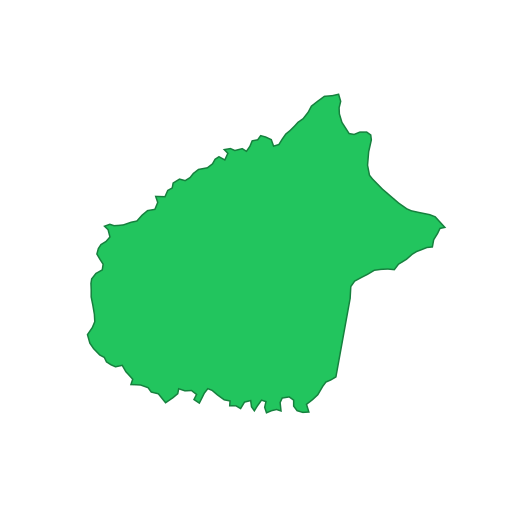 Alcantil, Paraíba, Brazil (orthographic projection), rotated 218°
{"feature_id": "56859067B64154070664732", "entity_name": "Alcantil", "entity_type": "district", "adm_level": 2, "iso_a3": "BRA", "parent_name": "Brazil", "parent_adm1": "Paraíba", "projection": "orthographic", "projection_center": [-36.044, -7.697], "detail": "fine", "context": "isolated", "style": "filled", "palette": "green", "viewbox_px": 512, "rotation_deg": 218, "n_neighbors": 0, "source": "geoboundaries", "source_scale": "gbopen_adm2", "svg_char_len": 2284}
<svg xmlns="http://www.w3.org/2000/svg" viewBox="0 0 512 512"><g transform="rotate(218 256 256)"><path d="M393.7,186.2L388.8,185.7L382.8,181.1L383.1,175.2L385.2,169.6L384.8,164.8L382.6,159.6L377.1,157.4L371.4,155.4L368.6,150.4L371.4,143.7L371.4,136.8L369.2,132.8L365.2,128.1L360.7,122.3L354.3,116.8L347.5,110.6L342.6,105.0L340.9,98.8L340.4,90.3L333.2,85.0L326.9,83.0L318.2,81.8L313.1,82.7L308.6,80.5L303.3,81.0L298.5,82.2L294.1,87.5L287.3,84.7L281.8,83.8L277.3,83.0L275.4,77.7L271.3,80.7L267.5,83.3L260.0,85.8L254.8,84.3L248.1,87.3L242.6,86.0L236.9,84.7L234.2,93.2L232.9,99.3L235.2,103.8L229.0,106.0L224.0,110.3L217.6,110.3L216.5,104.7L210.1,105.2L211.3,111.3L212.3,116.1L212.3,121.8L207.9,123.1L200.9,122.8L192.5,123.1L187.2,125.8L184.5,121.8L179.6,125.6L174.2,126.3L175.1,133.8L171.2,138.8L166.7,134.4L162.0,133.0L162.6,138.3L162.9,145.8L158.5,147.4L156.0,142.1L151.2,138.9L148.5,143.7L145.3,147.7L140.9,149.3L146.8,155.4L147.9,160.2L143.1,165.4L137.6,165.6L133.9,160.9L128.4,159.4L122.8,161.6L118.3,165.6L124.9,170.2L123.0,177.7L121.9,184.7L122.5,189.4L123.2,194.5L123.3,199.7L120.8,204.3L118.6,209.9L155.7,280.5L162.5,290.3L162.8,297.0L159.7,304.1L156.6,310.8L154.0,317.6L149.3,322.4L144.1,326.9L138.6,330.4L138.7,337.3L135.4,346.1L134.0,353.6L132.2,358.4L129.7,362.5L126.5,368.0L122.6,371.7L126.0,378.2L126.8,385.5L128.0,391.0L124.8,394.8L138.9,397.2L144.6,395.5L154.6,390.5L161.5,387.2L166.2,386.0L176.3,385.5L197.5,386.5L211.8,388.4L216.3,389.5L224.0,396.2L231.4,407.5L236.6,418.5L240.1,422.0L245.1,421.8L250.5,417.5L253.5,412.2L258.0,409.8L270.6,414.2L277.8,419.3L281.8,424.0L284.5,430.0L290.5,434.3L294.4,429.5L300.4,423.9L302.6,416.2L304.6,408.2L303.4,401.5L303.4,393.2L305.2,387.3L305.6,382.0L306.4,375.7L307.6,370.5L307.3,364.6L306.6,357.9L309.8,353.4L315.6,357.1L321.7,355.7L326.4,353.7L326.2,348.6L329.9,344.4L328.3,338.6L328.0,332.6L332.9,332.1L337.6,326.1L342.3,324.9L346.5,320.3L341.4,319.6L339.7,312.5L346.3,311.4L347.8,307.1L347.0,301.8L348.6,295.6L354.6,288.8L356.2,282.5L356.2,277.3L358.2,271.8L363.6,269.5L366.2,262.5L363.9,258.0L365.9,253.3L364.2,246.7L371.7,241.2L366.4,237.7L364.4,230.5L369.4,225.0L370.9,218.0L371.4,210.2L375.2,205.7L379.6,198.9L383.1,195.5L386.5,192.5L390.7,191.0L393.7,186.2Z" fill="#22c55e" stroke="#15803d" stroke-width="1.5"/></g></svg>